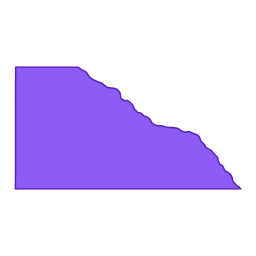 outline of Winona, Minnesota, United States of America
{"feature_id": "52423323B34480475653148", "entity_name": "Winona", "entity_type": "district", "adm_level": 2, "iso_a3": "USA", "parent_name": "United States of America", "parent_adm1": "Minnesota", "projection": "robinson", "projection_center": [-91.574, 44.02], "detail": "fine", "context": "isolated", "style": "filled", "palette": "violet", "viewbox_px": 256, "rotation_deg": 0, "n_neighbors": 0, "source": "geoboundaries", "source_scale": "gbopen_adm2", "svg_char_len": 1298}
<svg xmlns="http://www.w3.org/2000/svg" viewBox="0 0 256 256"><path d="M15.4,188.8L114.2,188.8L240.6,188.8L238.7,186.8L237.1,185.9L236.5,185.4L235.8,184.4L233.0,181.6L232.4,178.7L231.8,176.6L230.3,174.2L228.2,172.5L225.3,171.0L224.1,169.2L223.0,166.6L222.6,166.0L221.5,165.1L220.0,164.4L219.9,164.1L218.2,160.8L217.8,157.9L217.2,157.0L214.8,154.6L211.8,151.1L209.2,149.3L206.1,147.7L205.7,147.3L204.8,145.3L204.2,144.4L200.9,141.1L200.6,140.5L200.5,140.3L200.2,139.1L199.3,137.2L198.6,136.1L197.2,135.0L196.3,134.5L191.5,132.8L189.8,131.8L188.4,131.7L185.6,132.2L184.9,132.2L180.9,130.6L178.9,129.1L177.4,128.3L172.6,127.5L169.9,127.5L166.2,127.2L162.8,126.1L158.7,125.6L156.8,125.6L156.1,125.4L153.4,124.0L151.8,122.7L150.2,119.7L149.1,118.4L148.2,117.7L146.8,116.9L144.4,116.0L143.3,115.4L141.7,113.8L140.4,112.8L139.7,112.6L138.9,113.0L138.5,112.9L137.6,112.5L136.4,110.9L135.0,109.9L134.3,108.9L133.2,106.6L132.7,105.1L132.2,104.4L128.1,100.8L126.9,100.4L125.3,100.6L124.2,100.4L120.8,98.5L120.5,98.0L120.6,96.0L120.2,93.7L119.9,92.7L117.5,89.7L117.3,89.6L116.8,89.2L114.2,88.3L108.2,87.6L106.8,86.9L103.5,84.6L101.8,83.2L95.5,80.8L92.3,79.0L89.7,77.3L86.4,72.3L85.4,71.6L82.0,70.0L78.1,67.2L15.7,67.2L15.5,97.4L15.6,158.2L15.4,188.8Z" fill="#8b5cf6" stroke="#5b21b6" stroke-width="1.5"/></svg>